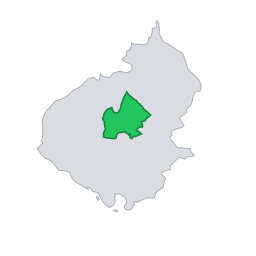 Kâmpóng Thum on a map of Cambodia (Albers equal-area conic projection), rotated 326°
{"feature_id": "KHM-1788", "entity_name": "Kâmpóng Thum", "entity_type": "Province", "adm_level": 1, "iso_a3": "KHM", "parent_name": "Cambodia", "parent_adm1": "", "projection": "albers", "projection_center": [105.072, 12.831], "detail": "fine", "context": "in_parent", "style": "filled", "palette": "green", "viewbox_px": 256, "rotation_deg": 326, "n_neighbors": 0, "source": "natural_earth", "source_scale": "10m", "svg_char_len": 5296}
<svg xmlns="http://www.w3.org/2000/svg" viewBox="0 0 256 256"><g transform="rotate(326 128 128)"><path d="M211.6,55.3L212.1,57.2L210.8,60.7L209.4,63.9L206.6,66.7L206.5,68.8L205.6,74.9L206.0,76.8L206.7,78.5L207.6,79.4L210.0,85.4L212.2,90.8L214.4,95.2L214.8,98.1L212.9,105.3L210.7,111.9L210.9,115.2L211.9,118.5L213.0,122.8L213.5,128.4L212.9,132.1L211.9,134.4L209.9,136.7L208.2,137.9L206.1,136.0L204.4,135.9L202.2,136.5L200.5,137.4L196.9,140.9L193.0,144.2L187.5,145.1L185.4,147.6L183.1,148.0L178.8,148.1L175.9,148.7L176.1,149.9L175.9,155.8L175.9,157.2L175.5,157.5L173.5,157.7L170.2,156.8L165.7,155.4L162.5,155.2L160.8,157.7L159.9,158.7L158.6,158.9L157.4,159.4L156.9,160.5L156.9,161.9L157.5,164.4L157.7,168.2L157.6,170.9L158.7,172.5L165.7,178.1L167.7,179.5L167.9,180.4L166.7,183.4L167.8,187.7L165.7,187.6L162.1,185.8L160.3,184.7L158.2,185.6L157.5,185.4L156.1,183.3L154.2,181.2L152.3,181.0L148.3,181.9L144.2,182.5L142.7,182.5L142.0,182.9L139.6,186.1L138.6,185.5L134.5,184.3L130.7,183.8L129.9,184.7L130.4,187.3L131.2,189.8L130.7,190.9L128.6,192.3L125.9,194.7L124.2,196.6L123.0,197.0L118.9,196.9L114.7,197.2L113.0,198.9L111.5,200.3L110.1,200.7L104.7,196.3L93.9,194.7L92.7,192.8L91.7,192.4L90.6,194.9L84.7,197.3L82.2,195.8L80.4,194.0L80.7,191.9L82.4,190.1L85.4,188.9L86.8,184.4L84.5,178.7L82.6,177.1L80.5,175.7L78.3,177.8L76.5,181.5L74.5,183.3L71.8,183.7L67.9,183.5L66.4,178.1L65.9,173.5L66.5,168.2L67.1,165.0L63.3,160.7L63.2,156.6L61.3,154.4L60.8,155.5L60.8,156.7L60.3,155.8L54.4,143.7L53.5,138.1L54.5,133.8L55.1,132.3L53.4,130.0L51.0,127.4L46.8,124.0L46.5,118.7L45.7,112.3L44.4,110.2L42.5,106.3L41.4,103.1L41.2,94.6L41.7,93.9L44.8,93.7L48.6,93.1L49.3,91.7L48.6,90.6L51.1,88.7L54.7,84.5L57.5,80.1L59.5,77.3L60.7,74.6L64.7,70.7L70.3,68.0L74.0,67.4L77.9,66.5L81.6,65.2L83.4,65.1L88.0,66.7L90.5,67.2L93.2,67.2L95.9,67.3L98.3,67.2L103.9,66.1L110.0,67.0L115.3,66.3L122.0,65.0L125.3,65.8L128.2,67.1L128.6,69.7L129.3,70.9L130.3,71.8L131.6,71.8L133.3,70.0L134.8,68.1L135.2,67.8L135.3,68.7L136.0,70.7L137.3,72.7L138.6,74.0L140.7,75.8L142.1,75.9L146.6,74.2L153.5,76.6L154.3,77.8L156.5,80.2L158.9,82.0L164.2,82.1L166.1,77.8L165.2,75.1L162.1,70.6L161.3,67.9L162.2,67.4L167.4,66.8L168.2,66.3L169.3,63.3L170.7,63.7L173.6,64.0L176.6,62.0L178.3,59.8L179.3,60.8L180.4,62.3L181.6,63.2L183.7,64.4L186.1,66.2L187.6,68.0L188.8,68.7L191.9,68.2L192.7,68.2L194.4,66.1L195.7,64.9L196.7,65.2L198.3,65.2L201.4,62.4L203.2,59.9L204.2,59.2L207.1,60.4L208.2,60.1L209.8,56.7L211.6,55.3ZM64.4,171.0L63.8,171.3L63.2,171.3L62.7,170.8L62.8,168.8L63.2,167.6L64.1,167.4L64.4,171.0ZM73.3,190.2L72.1,191.5L70.2,188.7L70.2,188.0L73.3,190.2Z" fill="#d9dde1" stroke="#a8b0b8" stroke-width="1"/><path d="M109.6,128.4L104.2,123.7L102.6,121.7L103.4,121.2L103.7,120.1L103.9,119.8L105.3,118.2L105.7,117.9L106.5,117.5L107.0,117.2L108.0,116.7L108.5,116.3L108.8,116.2L109.2,115.3L109.6,113.5L110.8,111.6L110.8,111.4L110.9,110.8L110.9,110.6L111.0,110.5L111.4,110.6L111.7,110.6L111.8,110.5L111.8,110.3L111.7,109.5L112.0,106.5L112.2,106.0L112.2,105.7L112.4,105.6L112.5,105.5L113.7,105.1L114.0,104.9L114.4,104.6L114.6,104.3L114.9,103.7L118.0,101.9L119.2,101.5L120.2,101.2L122.3,101.2L125.4,101.8L125.7,101.9L126.0,102.1L126.0,102.4L125.9,102.6L125.6,103.3L125.4,103.9L125.2,105.5L125.3,106.8L125.5,107.5L125.7,108.2L125.9,108.4L126.1,108.6L126.4,108.9L127.2,109.2L129.1,109.4L132.3,107.8L134.6,105.8L134.9,105.5L135.3,104.8L135.4,104.7L141.9,100.1L142.7,99.8L147.1,97.4L147.2,100.0L147.1,100.8L147.3,101.9L148.2,104.1L149.3,108.6L149.8,109.1L150.1,109.5L150.4,109.9L150.5,110.2L150.5,110.4L150.4,110.6L150.2,111.2L150.2,111.4L150.2,111.7L150.6,114.0L150.9,114.4L151.0,114.5L151.3,114.9L151.4,115.0L151.4,115.3L151.3,115.5L151.1,115.8L150.9,116.2L151.0,116.3L151.4,116.8L151.6,117.1L151.8,117.6L151.9,117.8L151.9,118.0L151.9,118.3L151.8,118.5L151.7,118.6L151.6,119.0L151.7,120.1L151.6,120.7L152.0,122.1L152.1,122.9L153.1,125.9L154.0,129.9L147.7,130.6L147.1,130.9L146.6,131.3L146.3,131.5L146.0,131.6L145.8,131.6L145.5,131.5L145.0,131.2L144.6,131.0L144.5,130.9L144.3,130.8L144.0,130.7L143.5,130.6L142.4,130.7L141.3,134.5L141.0,134.9L140.9,135.0L140.7,135.2L140.3,135.2L140.2,135.1L140.1,134.9L139.9,134.7L139.7,134.4L139.3,134.3L138.9,134.3L138.8,134.2L138.7,134.2L138.3,133.9L138.2,133.9L137.0,133.9L136.7,133.8L136.3,133.8L136.0,133.8L135.8,133.8L135.5,133.9L135.0,133.8L134.9,133.8L134.7,133.9L134.2,134.3L133.8,134.5L133.7,134.5L133.8,135.0L134.6,136.2L134.6,136.3L134.7,136.5L134.7,137.2L135.8,139.8L135.9,140.0L136.0,140.3L135.9,140.4L135.9,140.5L135.5,140.5L134.7,139.9L133.8,140.0L133.5,140.0L133.3,140.1L133.1,140.1L132.9,140.1L132.5,139.7L132.4,139.7L130.2,139.5L129.2,139.2L128.5,138.5L128.5,138.4L128.4,138.3L128.2,138.3L126.9,138.2L126.7,138.3L126.3,138.5L125.5,139.1L125.0,138.6L124.5,137.8L124.5,137.6L124.3,136.9L124.9,136.7L125.8,135.7L126.0,135.4L126.2,135.1L126.4,134.7L126.4,134.4L126.3,134.0L126.3,133.9L126.2,133.9L125.7,133.8L124.9,134.3L124.7,134.3L124.8,133.6L124.8,133.3L124.7,133.1L124.0,131.8L123.8,131.3L123.5,130.8L123.4,130.5L123.4,130.2L123.6,129.1L121.6,128.6L118.2,127.1L117.0,126.7L116.8,126.8L116.1,126.9L115.5,127.1L115.1,127.4L114.5,127.7L113.9,128.0L113.7,128.2L113.6,128.3L113.5,128.5L113.4,128.8L112.8,129.5L111.5,129.4L110.9,129.3L110.5,129.1L109.6,128.4Z" fill="#22c55e" stroke="#15803d" stroke-width="1.5"/></g></svg>